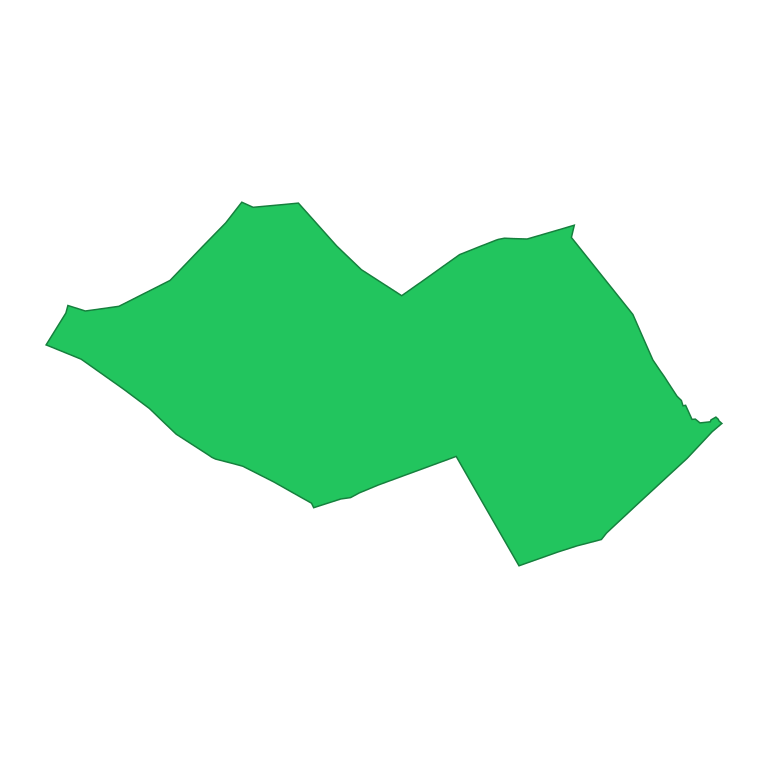 outline of San Pedro Totolápam, Oaxaca, Mexico
{"feature_id": "50627088B25351839597383", "entity_name": "San Pedro Totolápam", "entity_type": "district", "adm_level": 2, "iso_a3": "MEX", "parent_name": "Mexico", "parent_adm1": "Oaxaca", "projection": "orthographic", "projection_center": [-96.209, 16.658], "detail": "fine", "context": "isolated", "style": "filled", "palette": "green", "viewbox_px": 768, "rotation_deg": 0, "n_neighbors": 0, "source": "geoboundaries", "source_scale": "gbopen_adm2", "svg_char_len": 1195}
<svg xmlns="http://www.w3.org/2000/svg" viewBox="0 0 768 768"><path d="M459.6,254.6L444.0,265.7L429.6,276.0L423.0,280.7L420.5,282.5L417.7,284.4L401.7,295.7L361.4,269.7L336.7,246.0L298.4,203.1L283.8,204.5L253.1,207.3L241.8,202.2L225.7,222.9L215.9,232.9L202.8,246.3L170.1,280.4L144.2,293.5L118.9,306.3L85.3,311.0L67.9,305.5L65.9,313.0L46.1,344.9L81.2,359.2L123.5,389.1L134.6,397.4L149.3,408.4L164.5,423.0L176.2,434.2L208.6,455.1L211.8,457.3L215.6,459.1L231.6,463.2L242.7,466.2L273.7,481.9L292.8,492.7L311.5,503.2L313.7,507.7L340.7,499.0L350.6,497.6L359.3,492.9L378.3,485.0L456.2,456.4L472.6,485.1L483.5,504.1L519.0,565.8L524.6,563.8L557.3,552.2L576.9,545.9L601.4,539.5L606.5,533.1L610.4,529.4L635.8,505.7L657.8,485.4L668.4,475.6L687.2,458.3L712.2,431.7L721.2,424.0L721.9,423.5L718.9,420.8L718.3,419.3L715.9,417.1L711.0,419.9L710.3,421.8L700.0,422.9L695.3,419.1L692.0,419.4L685.6,405.3L683.0,405.8L681.4,400.5L677.0,396.2L667.6,381.8L664.3,376.6L660.2,370.8L652.9,360.0L643.4,338.5L632.9,314.5L571.4,237.5L574.3,225.2L556.0,230.6L536.1,236.4L527.1,239.0L513.4,238.6L504.4,238.2L498.3,239.4L496.2,240.1L479.6,246.6L468.9,250.9L459.6,254.6Z" fill="#22c55e" stroke="#15803d" stroke-width="1.5"/></svg>